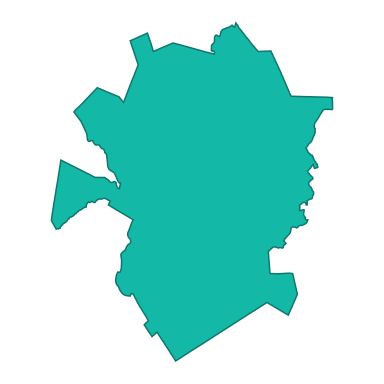 Mavoko, Eastern, Kenya (Natural Earth projection)
{"feature_id": "3690345B67354974829393", "entity_name": "Mavoko", "entity_type": "district", "adm_level": 2, "iso_a3": "KEN", "parent_name": "Kenya", "parent_adm1": "Eastern", "projection": "natural_earth1", "projection_center": [37.054, -1.446], "detail": "fine", "context": "isolated", "style": "filled", "palette": "teal", "viewbox_px": 384, "rotation_deg": 0, "n_neighbors": 0, "source": "geoboundaries", "source_scale": "gbopen_adm2", "svg_char_len": 5950}
<svg xmlns="http://www.w3.org/2000/svg" viewBox="0 0 384 384"><path d="M75.2,110.2L74.6,111.2L73.9,112.0L80.4,120.6L81.3,122.0L82.7,124.9L86.1,132.3L86.6,133.6L87.0,134.9L87.1,136.0L87.4,139.3L87.6,140.2L88.0,140.8L88.6,141.2L89.3,141.4L90.0,141.2L90.7,140.8L91.4,140.5L92.2,140.6L93.0,141.5L94.3,143.7L95.1,144.7L96.0,145.0L97.8,144.9L98.5,145.0L99.2,145.3L99.7,145.8L100.0,146.5L100.5,147.2L101.0,147.8L101.6,148.3L102.3,148.7L103.7,149.3L104.4,150.4L104.5,151.3L104.7,152.4L106.4,154.2L106.7,155.5L107.4,161.7L107.8,166.3L108.1,167.4L108.8,168.9L109.3,169.5L110.6,170.6L111.9,171.3L113.6,172.4L114.5,173.3L115.2,174.8L116.5,177.7L117.9,181.1L118.4,181.9L118.9,182.7L119.6,183.1L120.5,183.1L119.4,188.6L118.6,188.3L117.7,187.8L116.7,186.4L116.4,184.9L116.3,184.0L116.1,182.8L115.6,182.1L115.1,181.7L114.1,181.6L113.1,182.0L112.3,182.3L111.5,182.5L110.6,182.3L110.0,181.9L109.1,180.7L108.2,179.9L106.7,178.9L106.0,178.5L105.2,177.8L104.4,177.5L95.1,177.4L88.5,174.0L60.9,160.1L58.0,178.6L56.1,189.9L52.5,212.2L51.4,220.5L56.2,229.2L57.0,228.8L58.0,228.8L59.3,228.5L60.1,228.2L60.3,227.4L60.6,226.7L61.9,225.5L62.6,224.4L63.7,223.5L65.5,222.4L66.2,221.8L66.7,221.3L67.4,220.1L68.1,219.2L69.0,218.8L69.4,218.0L69.6,217.4L70.4,217.0L71.4,217.0L72.3,216.4L73.4,215.7L74.1,215.1L74.4,214.4L74.8,213.8L75.8,213.8L76.6,212.6L78.2,211.5L78.9,210.6L80.8,209.9L81.5,209.5L82.5,208.6L83.3,208.1L84.0,207.7L84.9,207.2L86.0,207.2L86.3,206.4L86.4,204.6L87.1,203.7L87.7,202.7L88.4,202.1L89.2,202.5L90.3,202.3L91.1,201.7L91.8,201.3L92.5,201.7L94.0,202.4L94.7,202.6L95.3,202.2L95.7,201.5L96.2,201.0L96.7,200.3L97.2,199.9L98.2,199.6L98.8,199.2L99.7,198.8L100.6,199.1L101.7,199.1L102.8,198.6L103.6,198.4L104.5,198.4L105.4,198.6L107.7,199.7L108.6,200.3L110.1,201.0L108.4,204.9L115.4,209.2L133.3,219.8L132.8,220.5L131.6,223.0L131.1,224.3L130.6,225.9L129.5,228.7L128.8,230.7L128.1,232.2L127.7,233.3L127.7,234.2L127.7,235.0L127.9,235.9L128.3,236.9L130.1,239.3L130.4,240.0L130.6,240.7L130.6,241.6L130.5,242.6L130.1,243.4L128.6,244.3L127.8,245.0L127.3,245.6L126.9,246.2L126.3,247.5L125.9,248.6L125.4,249.8L124.0,251.0L122.2,252.5L121.5,253.2L121.0,254.1L120.9,255.4L121.0,256.4L121.5,258.9L121.6,261.5L121.3,268.4L121.1,269.1L120.2,271.7L119.8,272.4L117.8,272.0L116.5,275.0L116.1,277.2L115.8,278.9L115.7,280.5L115.8,281.8L116.2,283.2L116.4,284.1L116.9,284.9L117.6,285.5L118.2,286.3L118.6,286.9L119.2,288.6L120.4,291.0L122.3,293.5L123.8,294.6L125.4,295.4L128.5,295.9L130.2,296.1L131.1,293.7L132.5,293.7L133.3,294.4L133.9,295.4L135.1,297.8L139.1,305.4L146.1,316.7L148.4,321.0L146.1,322.8L144.2,324.8L146.8,328.8L150.4,334.2L151.6,335.7L152.0,336.6L157.1,332.2L160.8,338.0L169.0,350.5L170.3,352.7L173.4,357.4L175.6,361.0L190.9,351.1L203.4,343.2L219.5,332.8L231.7,325.0L241.5,318.7L266.9,302.5L276.0,307.8L285.0,313.2L288.3,315.1L297.4,294.3L292.7,273.7L291.8,273.4L289.3,273.2L282.7,273.5L278.6,273.8L270.0,273.5L268.3,251.5L270.6,249.4L271.9,248.1L272.7,247.4L273.4,247.1L274.5,246.8L275.6,247.1L276.7,247.5L278.2,248.0L279.0,247.8L279.9,247.6L280.9,247.7L282.5,248.1L283.2,247.5L283.4,246.6L283.6,245.7L284.2,245.0L284.9,244.6L286.0,243.4L283.8,241.0L284.4,239.8L285.1,238.6L289.6,233.7L290.1,232.9L290.5,231.9L290.7,231.0L291.0,228.1L291.6,227.4L292.5,227.1L293.2,227.0L295.2,227.1L296.7,227.9L297.7,227.4L298.5,226.6L299.0,225.7L300.1,225.4L301.1,225.4L302.3,225.3L303.8,224.5L304.5,224.3L305.9,223.5L306.4,223.0L306.9,222.2L307.6,220.7L307.8,219.8L306.1,219.8L305.4,219.1L305.5,217.7L304.3,216.3L304.0,215.6L303.6,214.5L303.8,212.4L304.1,211.0L304.1,209.8L303.0,209.7L302.1,210.1L300.7,210.4L299.6,210.6L299.8,206.7L299.7,205.1L300.8,204.4L302.3,203.0L303.5,202.5L304.6,202.4L305.2,202.5L305.8,203.1L306.2,205.0L307.1,205.0L307.4,203.8L307.0,200.8L307.7,200.6L308.3,200.1L309.6,199.2L310.5,199.0L311.7,198.9L312.4,197.7L312.6,196.6L313.0,195.2L313.5,194.5L313.7,193.8L313.5,192.0L312.9,191.0L312.3,190.4L311.6,188.1L311.0,187.3L309.4,185.8L308.8,184.7L308.6,183.6L308.9,182.5L309.5,181.7L310.3,180.9L311.2,180.1L312.1,179.5L312.9,178.8L312.8,177.8L312.1,176.9L311.5,176.2L310.2,175.2L309.3,173.6L308.3,172.9L307.8,172.0L308.0,170.9L308.4,170.2L308.9,169.7L309.5,169.2L310.7,167.9L311.0,167.2L311.4,166.6L313.0,164.4L314.6,168.4L317.5,167.5L318.0,167.0L317.3,165.8L317.1,164.3L316.6,163.5L316.1,163.0L315.7,162.0L314.8,161.1L314.2,160.3L313.9,159.2L313.5,158.4L312.9,156.6L312.2,155.3L310.7,154.9L310.4,154.2L309.6,153.8L309.0,153.3L308.4,152.5L307.5,150.9L307.1,150.1L306.8,149.2L306.3,148.6L305.8,148.1L306.2,147.4L307.0,146.7L307.6,145.9L308.0,145.2L308.7,144.1L309.4,143.3L310.4,142.6L311.8,140.8L312.2,139.9L312.9,137.8L314.2,135.1L315.0,133.1L315.1,131.3L315.1,130.0L315.2,128.7L314.4,127.5L314.3,125.8L314.5,124.3L314.9,123.2L315.3,122.1L316.0,121.5L317.1,119.7L317.5,119.0L318.0,118.4L318.4,117.8L318.9,116.9L320.1,114.8L323.1,110.1L324.1,109.5L325.0,109.3L332.4,109.5L332.6,108.5L332.4,100.4L332.2,99.0L332.5,97.6L326.6,97.2L299.9,96.5L291.0,96.2L280.1,70.9L270.9,51.0L258.2,51.5L255.5,48.5L254.1,46.7L251.8,44.1L250.3,42.2L249.7,41.3L249.1,40.5L248.7,39.9L246.0,36.8L243.1,33.0L241.6,31.0L239.5,28.5L238.6,27.6L238.4,26.7L237.7,25.2L237.1,24.6L236.4,23.9L235.9,23.0L235.4,24.3L235.2,25.4L234.8,26.9L233.8,27.1L232.4,25.3L231.5,25.4L230.8,26.2L228.5,27.4L227.5,27.5L226.8,27.7L226.0,28.3L225.2,28.7L223.8,29.0L223.0,29.4L222.3,29.9L221.5,30.8L220.9,31.7L220.5,33.7L220.3,34.9L219.8,36.2L218.9,36.5L216.8,35.2L216.0,35.1L215.3,35.6L214.7,36.7L214.5,37.4L214.5,38.4L214.5,39.9L214.4,41.1L214.3,42.3L213.7,43.2L212.9,43.7L212.2,44.5L211.6,45.3L211.4,46.1L211.5,46.9L211.6,48.0L211.3,49.0L211.4,50.4L212.3,51.2L213.1,50.9L214.0,51.3L214.4,52.1L214.5,53.0L214.2,54.0L205.7,52.0L187.6,46.9L176.4,43.9L173.1,43.0L159.4,48.8L153.3,51.4L151.9,46.7L151.4,44.8L147.4,33.1L130.2,40.8L137.0,61.3L138.2,64.9L129.8,86.1L124.1,101.1L123.5,102.4L119.1,96.9L116.5,95.8L106.1,91.5L97.3,87.7L90.1,95.2L81.8,104.0L75.2,110.2Z" fill="#14b8a6" stroke="#0f766e" stroke-width="1.5"/></svg>